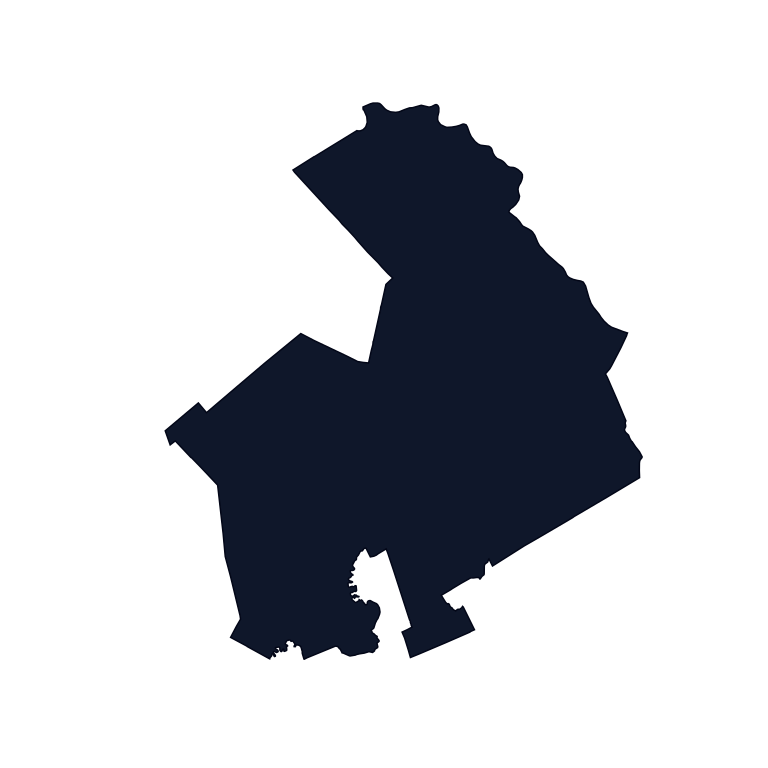 Sacosu Turcesc, Timis, Romania (Mercator projection), rotated 66°
{"feature_id": "2599482B45296566917183", "entity_name": "Sacosu Turcesc", "entity_type": "district", "adm_level": 2, "iso_a3": "ROU", "parent_name": "Romania", "parent_adm1": "Timis", "projection": "mercator", "projection_center": [21.404, 45.631], "detail": "fine", "context": "isolated", "style": "filled", "palette": "ink", "viewbox_px": 768, "rotation_deg": 66, "n_neighbors": 0, "source": "geoboundaries", "source_scale": "gbopen_adm2", "svg_char_len": 6146}
<svg xmlns="http://www.w3.org/2000/svg" viewBox="0 0 768 768"><g transform="rotate(66 384 384)"><path d="M588.4,600.0L587.7,599.6L587.1,598.1L586.4,596.9L585.4,596.4L585.1,596.2L585.0,595.8L585.1,595.4L585.6,595.0L588.0,595.1L588.5,594.8L588.5,594.0L587.7,593.6L584.8,594.3L584.1,594.3L583.6,593.8L583.6,593.0L585.5,591.5L585.6,590.6L585.5,589.8L585.0,589.3L583.8,589.4L582.4,590.5L581.5,590.8L580.9,590.6L580.7,590.1L581.5,587.0L581.8,586.7L582.7,586.5L585.0,587.4L586.4,587.0L586.7,586.6L586.6,585.9L585.5,584.9L585.1,584.0L585.6,583.4L587.2,584.1L587.6,583.9L587.8,583.4L587.8,581.4L587.4,581.0L584.3,579.9L584.1,578.6L583.8,578.5L583.3,578.6L581.9,579.9L581.1,579.8L579.2,577.7L579.0,576.6L579.2,575.9L579.2,574.8L579.6,574.1L581.3,573.5L581.4,572.4L582.2,571.7L585.0,571.2L585.7,571.3L586.9,572.8L587.4,572.9L587.9,571.8L586.8,570.6L586.9,569.8L588.0,568.0L589.8,566.9L591.4,566.9L595.8,567.6L596.3,568.1L597.4,568.3L602.8,569.0L603.0,568.7L602.8,565.8L603.7,535.0L604.9,533.1L607.9,532.3L608.3,531.8L612.7,531.6L612.9,531.0L618.3,526.1L618.7,525.4L620.0,520.4L620.0,518.9L620.6,515.9L621.8,511.5L622.4,506.6L624.6,503.6L624.0,501.3L623.0,500.5L622.6,499.7L622.2,497.1L621.4,496.5L617.8,495.8L617.3,493.7L617.0,493.1L616.4,492.9L615.1,493.1L613.2,493.8L612.1,493.0L611.6,493.0L610.3,494.0L608.3,494.7L606.5,496.0L605.0,495.7L603.8,496.0L603.5,495.5L603.1,493.3L602.7,492.5L598.8,489.1L596.5,486.3L595.8,485.0L594.6,483.8L592.5,481.7L590.7,480.4L586.6,479.3L583.1,479.6L581.6,480.2L578.6,482.9L576.4,484.5L575.9,485.6L575.8,486.7L576.5,487.9L578.0,488.7L578.5,489.6L578.4,490.1L578.2,490.7L577.4,491.1L576.4,491.0L575.5,491.7L573.5,491.8L572.2,492.3L572.1,493.5L571.8,493.9L570.9,494.4L572.0,495.3L571.9,496.1L572.2,498.3L572.0,498.8L571.5,499.3L567.8,501.0L567.4,500.9L566.5,500.1L566.2,499.5L566.2,499.0L566.7,498.4L567.7,498.2L567.7,497.8L567.0,496.9L566.9,496.4L568.1,494.1L568.1,493.4L567.9,493.3L566.7,494.8L565.6,495.2L565.3,496.0L564.7,496.4L564.6,496.8L565.1,498.2L565.1,498.9L564.5,499.8L563.9,500.3L563.3,500.4L561.5,499.9L561.1,499.2L561.6,497.8L561.2,495.6L561.9,494.6L562.0,494.2L561.9,493.6L561.4,493.0L557.2,491.6L556.9,491.7L556.5,492.4L557.0,493.8L556.9,494.2L556.0,495.2L555.7,496.3L555.6,498.3L555.2,498.9L554.7,499.0L553.6,498.7L551.8,498.1L551.2,497.6L551.2,496.8L551.7,496.0L552.4,494.4L552.1,493.3L551.6,493.4L550.0,495.2L549.1,495.8L547.7,496.0L547.1,495.2L547.1,493.9L546.9,492.9L545.8,491.1L545.9,490.1L545.3,490.0L544.6,490.7L543.1,491.3L541.5,491.1L541.0,490.8L541.0,489.9L541.6,488.4L541.7,487.4L541.6,487.0L541.0,486.1L540.2,486.0L538.8,486.5L537.6,486.6L536.6,486.4L535.0,485.0L535.4,484.9L533.6,482.7L533.2,480.7L530.9,479.4L529.8,476.9L527.5,474.1L527.2,473.1L527.6,471.8L527.5,471.4L526.2,469.3L526.2,468.3L526.7,467.2L536.4,466.8L537.2,463.3L537.2,460.6L536.7,458.5L535.5,449.1L539.9,449.3L558.6,451.1L606.9,456.3L610.0,456.6L611.2,456.4L612.6,456.9L615.3,457.1L615.5,457.3L617.5,457.2L617.9,462.6L618.0,468.4L624.4,468.5L637.1,470.0L644.6,471.1L644.9,461.6L645.4,433.2L645.6,406.4L645.3,406.3L645.3,401.3L620.0,402.3L619.1,402.7L620.0,403.9L620.5,406.1L620.5,406.9L620.1,407.5L619.8,408.6L620.5,410.8L619.0,412.0L618.2,412.5L616.0,413.0L614.9,413.9L613.9,414.1L611.7,414.0L610.8,414.6L610.7,415.5L608.7,416.5L600.3,417.6L599.1,406.9L598.7,404.8L597.4,394.5L596.4,383.6L597.6,381.0L598.4,378.2L599.1,376.6L599.7,376.0L601.0,375.8L601.2,375.7L601.2,375.4L599.6,372.8L598.9,370.2L597.8,369.5L591.3,366.5L590.1,365.7L589.5,364.8L588.8,361.7L586.6,359.6L586.5,359.3L594.4,358.9L588.9,321.5L587.0,303.3L583.3,270.3L582.8,266.0L582.4,264.3L577.9,224.7L573.5,188.6L566.8,185.9L560.1,182.8L558.5,181.8L557.6,180.9L556.2,178.3L555.5,177.8L549.8,178.2L543.5,179.8L537.6,180.8L537.5,181.2L533.5,181.6L530.2,181.4L526.6,182.9L525.2,183.1L523.7,183.0L522.8,182.3L521.3,180.6L519.9,180.0L518.1,179.7L516.6,178.7L516.1,178.0L494.1,177.5L468.8,177.3L464.8,177.6L461.9,171.5L459.8,168.6L447.2,152.8L438.4,142.6L437.8,142.2L436.4,140.8L433.2,144.4L424.7,153.0L421.3,155.2L416.0,157.4L411.5,158.6L407.5,159.2L399.0,161.5L394.5,162.1L388.5,161.7L376.5,160.0L372.0,160.5L370.0,162.3L367.9,165.4L365.4,168.6L362.6,171.2L360.8,172.3L358.6,172.9L355.5,172.8L351.5,173.2L349.7,173.8L345.8,175.9L333.3,181.6L329.7,183.0L325.1,184.2L321.0,185.7L317.2,186.0L309.5,185.8L305.5,186.5L303.7,187.3L301.3,188.9L296.2,193.0L294.4,193.5L290.8,194.1L285.8,195.7L284.1,196.8L278.3,199.8L277.1,199.7L276.2,198.6L275.4,197.0L274.8,194.2L273.5,190.6L270.8,186.3L270.3,185.8L267.6,183.8L263.3,183.2L260.4,182.3L258.2,180.6L256.9,179.1L256.2,177.9L255.0,176.5L253.5,175.0L251.5,173.5L249.0,172.4L246.6,172.6L242.5,174.5L240.1,176.3L238.9,177.6L237.1,180.9L235.6,182.3L234.4,182.9L230.7,184.0L228.8,184.9L227.1,186.1L224.0,189.0L221.0,190.1L219.4,190.3L217.6,190.5L213.5,190.0L212.1,190.1L210.3,190.9L209.4,191.6L205.1,198.7L203.0,200.5L199.6,202.2L193.6,203.7L189.6,203.8L183.0,203.3L180.6,203.6L179.1,205.2L178.6,206.4L178.5,209.9L178.0,213.2L176.9,217.5L175.1,222.2L173.8,223.7L170.1,226.8L166.3,227.7L164.4,227.5L161.6,226.2L157.8,223.3L154.2,221.6L152.2,221.4L150.4,222.1L150.1,222.5L149.7,223.5L149.9,227.8L149.4,230.2L144.6,236.5L144.4,237.3L143.2,245.5L142.1,248.5L141.7,253.2L141.5,259.6L140.6,262.8L138.0,267.4L134.9,270.2L132.8,271.3L127.8,273.0L126.0,273.9L124.8,275.5L122.9,279.8L122.5,282.5L122.4,290.5L124.3,291.3L125.0,291.3L125.0,290.9L132.8,291.0L138.2,292.9L141.5,295.9L142.3,297.3L143.2,299.8L143.1,302.7L142.1,305.0L141.5,305.7L148.0,354.8L147.9,355.4L151.5,380.1L154.1,379.6L202.6,363.3L216.5,358.3L220.8,357.2L228.8,354.2L238.0,351.1L243.0,349.7L256.9,345.3L270.9,340.0L276.3,338.4L284.8,335.4L290.7,332.9L293.8,341.7L310.5,354.0L312.5,355.8L314.2,356.7L340.3,376.0L341.0,376.8L343.4,378.1L348.0,381.8L358.5,389.5L355.8,394.3L352.8,398.9L344.0,406.1L315.7,430.3L304.1,439.5L316.5,484.7L326.4,518.5L338.0,557.8L325.8,561.3L337.8,602.9L352.6,604.1L351.1,597.8L372.5,590.3L372.5,590.1L373.1,589.8L385.9,585.1L408.7,577.1L454.9,591.7L477.0,599.2L497.6,602.5L537.0,609.7L540.5,610.7L545.6,617.7L553.1,627.2L567.8,615.8L568.1,615.8L588.0,600.7L587.7,600.6L588.4,600.0Z" fill="#0f172a" stroke="#020617" stroke-width="1.5"/></g></svg>